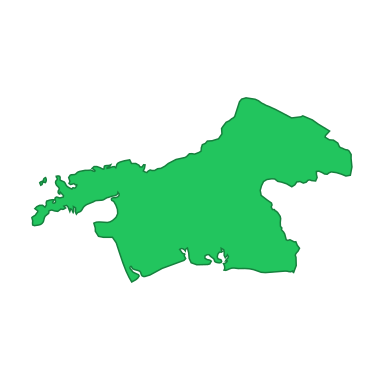 an SVG outline of Waikato, rotated 265°
{"feature_id": "NZL-5468", "entity_name": "Waikato", "entity_type": "Regional Council", "adm_level": 1, "iso_a3": "NZL", "parent_name": "New Zealand", "parent_adm1": "", "projection": "robinson", "projection_center": [175.468, -37.886], "detail": "fine", "context": "isolated", "style": "filled", "palette": "green", "viewbox_px": 384, "rotation_deg": 265, "n_neighbors": 0, "source": "natural_earth", "source_scale": "10m", "svg_char_len": 5991}
<svg xmlns="http://www.w3.org/2000/svg" viewBox="0 0 384 384"><g transform="rotate(265 192 192)"><path d="M102.9,286.2L103.1,285.8L104.5,285.4L103.9,283.4L104.2,281.6L104.8,279.9L105.1,277.9L105.3,258.1L106.0,253.9L109.3,246.6L110.5,242.6L111.2,238.1L111.7,231.4L112.6,227.3L112.7,224.9L112.2,222.8L111.5,220.8L111.0,218.8L111.4,217.1L112.9,217.9L114.7,218.0L116.4,217.7L117.9,217.1L118.1,218.4L118.5,219.5L119.2,220.3L119.8,221.0L120.4,221.0L120.4,219.4L121.8,220.4L123.0,221.9L124.4,222.7L126.3,221.8L125.5,221.3L123.6,219.4L126.1,218.5L129.0,218.8L131.7,218.6L133.4,216.2L131.6,216.2L130.9,216.5L130.2,217.1L129.5,216.2L129.7,214.0L127.8,212.3L125.2,211.5L123.3,212.0L122.6,213.3L122.2,214.4L121.6,215.2L120.1,215.5L119.2,214.8L119.0,213.1L119.4,211.3L119.8,210.0L120.6,208.8L121.4,208.4L122.4,208.3L123.6,207.8L126.5,204.6L128.1,203.5L128.2,201.3L127.1,199.3L124.9,199.1L123.4,201.1L122.6,203.8L121.4,205.2L118.8,203.4L118.4,201.3L119.1,190.4L121.6,185.0L126.1,183.4L131.5,183.4L136.6,182.6L136.2,181.6L135.6,180.9L134.9,180.4L133.9,180.2L135.2,179.3L136.2,178.0L136.6,176.4L135.9,174.7L132.0,177.0L131.5,177.5L131.2,178.8L130.7,179.4L130.3,179.3L129.8,178.9L129.1,178.7L126.2,179.9L124.6,178.1L118.5,155.6L113.0,142.9L111.9,137.6L112.0,136.4L112.8,135.0L113.9,134.4L116.6,133.7L117.7,133.0L118.7,130.9L119.6,128.3L120.8,126.1L123.1,125.1L123.3,124.7L122.8,123.9L121.8,123.4L120.5,124.0L119.6,124.8L117.8,125.9L117.0,126.7L114.3,131.4L112.9,132.0L110.8,130.3L109.4,128.2L107.6,124.1L112.6,121.8L118.8,119.5L127.0,117.1L137.2,114.6L148.0,112.1L153.8,108.8L154.6,99.7L156.0,95.0L161.3,92.3L164.6,92.5L169.5,91.5L170.0,92.9L170.3,94.5L170.2,97.2L169.0,105.2L169.4,107.8L170.5,110.3L172.0,112.4L173.5,114.2L176.9,116.1L181.1,116.2L185.4,115.1L189.1,113.4L189.9,112.7L190.2,111.9L190.7,111.3L192.0,111.0L192.8,111.6L193.1,112.8L193.0,115.3L193.5,117.6L194.8,119.0L196.4,119.3L198.2,118.2L196.7,117.8L195.7,116.6L195.1,114.9L194.7,111.2L193.9,108.2L193.7,106.7L192.0,103.2L191.7,101.6L191.8,95.5L191.4,94.1L190.9,93.2L188.7,86.1L188.0,84.8L187.1,83.4L186.0,82.3L183.6,80.6L182.6,79.6L182.0,78.4L181.7,77.1L181.2,76.0L180.0,74.9L182.0,74.2L184.3,74.6L186.4,74.6L187.8,72.6L184.7,72.7L183.2,72.5L181.9,71.8L183.1,71.3L184.2,71.1L185.2,70.6L185.8,69.4L185.0,69.4L183.2,68.6L188.0,67.2L189.6,65.9L189.1,63.1L187.6,64.1L187.1,64.7L186.5,63.5L186.0,62.4L186.0,61.2L186.5,60.0L184.4,56.6L185.1,53.5L186.3,50.7L185.8,48.1L185.0,47.7L184.0,47.6L183.0,47.2L182.6,46.2L182.3,45.9L180.6,43.5L178.9,42.6L175.3,41.3L173.8,39.9L172.9,38.4L172.5,36.5L172.2,32.1L173.0,30.4L174.9,30.4L177.2,30.8L180.4,30.2L181.0,30.8L181.4,31.7L182.0,32.7L182.4,33.6L182.6,34.0L183.0,34.3L183.7,34.8L185.7,36.6L186.7,36.7L189.1,34.0L190.9,36.1L192.0,39.0L191.8,42.0L189.7,44.2L191.7,45.8L193.9,45.8L195.6,46.4L196.3,49.4L196.5,52.3L196.3,53.8L195.3,53.3L194.0,52.3L193.1,52.6L192.8,53.5L193.4,54.9L194.4,55.3L197.2,54.9L198.2,55.3L198.8,56.5L198.5,57.7L197.9,58.9L197.6,60.0L198.2,63.3L199.6,63.7L203.4,60.7L202.0,60.1L201.5,60.0L202.1,59.0L203.3,58.6L204.7,58.8L205.7,59.6L206.9,60.1L208.3,59.5L210.6,57.6L212.3,57.0L213.7,56.9L214.9,57.4L216.2,58.8L217.2,59.0L218.5,58.2L219.5,58.1L219.7,60.0L219.2,61.5L218.2,61.9L215.5,61.6L215.0,62.2L213.2,65.5L212.0,66.3L209.5,67.3L208.3,68.2L206.8,70.2L205.4,72.6L206.5,73.5L206.5,74.4L206.1,75.2L206.3,76.1L207.4,77.1L208.6,77.8L209.3,77.8L209.2,76.5L210.7,75.3L210.0,71.7L211.2,70.2L213.3,71.3L217.2,70.4L219.4,72.2L219.7,73.4L219.6,76.4L220.0,77.6L221.5,79.5L221.9,80.4L222.3,81.9L222.9,87.4L222.6,91.1L222.6,91.7L222.8,92.9L222.2,94.1L221.4,95.4L221.0,96.5L221.5,97.3L222.5,96.7L223.6,95.5L224.2,94.5L225.9,96.7L225.6,99.6L224.2,102.6L222.6,105.2L222.5,106.1L223.4,106.5L224.7,106.7L225.5,107.1L225.8,108.5L225.7,111.9L226.2,113.4L225.2,112.8L224.5,111.9L224.0,110.7L223.6,109.5L222.9,109.5L223.3,112.4L224.0,114.9L224.1,116.9L222.8,118.2L226.1,119.6L227.2,120.7L228.1,122.8L229.0,127.3L229.4,131.9L229.5,132.7L225.7,134.2L225.3,138.5L223.3,141.5L221.6,142.3L221.2,144.3L223.4,146.2L223.1,147.6L220.0,146.8L217.2,145.3L216.1,146.8L215.3,148.7L216.6,150.1L217.6,152.2L216.9,154.0L216.7,156.7L218.2,159.8L218.3,163.2L220.1,167.3L222.5,170.9L225.8,178.9L227.0,188.1L227.7,189.6L230.3,192.7L230.2,195.2L229.5,197.9L230.9,202.7L232.0,204.6L233.5,204.9L235.1,205.1L238.2,206.4L239.3,209.6L241.4,211.7L241.3,216.5L242.7,223.1L247.3,226.9L252.7,227.0L254.9,228.8L258.5,232.1L259.7,235.3L261.4,237.8L262.3,239.7L263.4,241.1L277.8,247.2L280.2,249.5L281.1,254.0L278.9,263.0L277.1,266.2L274.5,269.1L273.1,271.5L271.9,273.2L270.3,276.5L268.9,278.9L267.0,282.3L257.1,297.7L257.4,307.1L258.2,309.0L253.3,318.2L248.5,323.8L243.0,331.3L240.7,334.4L236.5,329.8L235.0,329.4L232.0,333.4L231.3,337.6L230.7,337.9L230.5,338.5L228.0,341.5L224.2,342.8L223.1,344.1L222.5,345.6L221.5,347.2L220.7,348.9L220.3,350.7L219.2,352.0L215.5,353.8L211.6,353.4L203.0,353.5L194.9,351.2L194.5,346.7L196.7,342.5L198.7,337.6L199.9,332.4L199.1,330.1L197.9,328.2L198.4,325.6L200.0,323.4L201.7,320.2L201.6,317.7L198.6,317.5L195.5,317.9L192.2,316.1L193.0,311.9L193.8,310.5L193.6,308.6L191.8,306.6L191.2,303.7L193.0,300.6L192.9,297.3L190.2,295.1L188.5,291.9L191.9,287.0L194.0,282.2L195.1,278.4L197.8,275.5L198.2,272.5L198.1,270.9L197.9,267.6L196.2,264.2L192.2,261.8L187.7,260.1L182.6,260.6L177.6,266.0L174.1,270.2L172.1,270.6L170.2,269.6L167.5,270.6L167.3,272.6L166.3,273.0L165.8,273.6L165.4,274.4L163.8,275.7L160.1,277.7L157.8,278.0L154.0,277.3L150.2,277.1L149.1,277.8L148.3,278.4L147.3,277.9L146.2,278.1L144.2,279.7L142.1,280.7L136.2,281.7L135.4,283.2L135.9,285.4L133.6,289.1L133.3,290.1L133.4,291.1L129.8,292.2L126.6,294.2L123.9,292.5L122.2,290.7L121.1,289.8L119.8,289.4L117.9,289.9L109.6,289.4L102.9,286.2ZM219.1,47.4L217.9,47.8L216.7,47.9L216.3,47.8L215.5,47.6L214.4,47.0L214.1,46.7L214.3,46.2L214.7,45.4L214.7,45.0L214.7,44.7L214.5,44.2L213.9,43.8L213.1,43.6L212.4,43.1L211.9,41.9L214.5,41.1L215.2,42.0L216.2,45.0L217.2,45.1L218.0,45.5L218.7,46.3L219.1,47.4Z" fill="#22c55e" stroke="#15803d" stroke-width="1.5"/></g></svg>